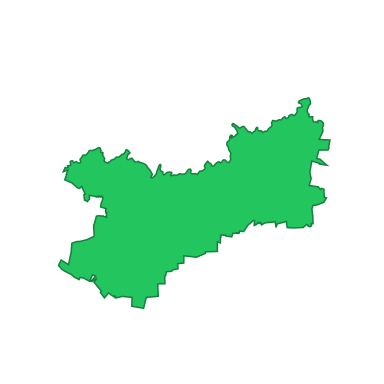 the district of Dr Kenneth Kaunda, North West, South Africa, rotated 202°
{"feature_id": "47623444B93741575558004", "entity_name": "Dr Kenneth Kaunda", "entity_type": "district", "adm_level": 2, "iso_a3": "ZAF", "parent_name": "South Africa", "parent_adm1": "North West", "projection": "natural_earth1", "projection_center": [26.683, -26.884], "detail": "fine", "context": "isolated", "style": "filled", "palette": "green", "viewbox_px": 384, "rotation_deg": 202, "n_neighbors": 0, "source": "geoboundaries", "source_scale": "gbopen_adm2", "svg_char_len": 6072}
<svg xmlns="http://www.w3.org/2000/svg" viewBox="0 0 384 384"><g transform="rotate(202 192 192)"><path d="M217.5,69.1L208.1,71.8L205.0,63.5L193.3,66.1L194.9,77.1L184.2,82.7L189.3,93.8L187.4,94.9L182.7,96.8L185.8,103.8L185.1,104.4L185.8,108.5L181.2,110.8L180.7,112.6L176.2,115.5L178.4,120.2L173.0,123.0L175.6,129.8L166.3,132.4L163.6,133.0L156.6,140.1L157.1,141.5L146.2,146.4L149.8,155.2L146.6,155.4L148.7,160.8L148.2,161.2L149.3,162.4L147.8,163.6L147.9,163.8L146.4,163.7L144.8,164.6L144.3,163.9L138.3,165.3L138.7,168.9L135.0,170.8L135.3,171.7L134.6,170.5L133.2,171.1L133.4,171.6L132.9,171.9L133.2,173.6L129.3,174.6L127.7,182.1L124.4,188.6L123.4,189.0L121.8,184.3L120.9,185.1L120.8,186.1L120.0,186.0L119.3,188.5L118.4,188.1L118.3,188.5L117.7,188.2L117.1,189.3L116.0,188.7L116.3,188.4L115.2,187.5L112.9,190.6L103.7,195.5L100.8,190.6L101.1,194.2L93.5,200.0L90.4,194.6L84.4,196.7L75.5,200.8L73.7,204.8L72.1,204.7L72.1,204.1L69.6,203.9L68.5,205.4L69.4,207.4L67.9,208.0L71.0,214.9L74.4,221.1L74.9,224.8L71.6,226.6L65.9,231.8L65.1,236.9L67.5,236.8L70.7,244.0L73.3,243.9L74.0,242.4L76.8,244.1L85.8,241.9L86.5,249.0L90.1,254.4L92.5,265.6L84.4,266.3L84.2,265.6L76.9,267.4L79.3,268.1L85.3,270.3L89.0,269.8L90.0,278.4L81.6,281.9L81.5,284.2L82.1,284.5L83.5,291.9L93.8,288.4L93.3,296.8L93.6,297.0L93.9,298.7L95.3,300.8L95.3,301.3L94.9,302.6L96.1,305.2L98.6,306.3L101.0,306.0L101.9,305.4L101.5,304.2L101.6,303.5L103.4,303.6L104.1,302.9L105.2,302.5L106.2,303.0L107.3,304.3L108.2,307.0L110.8,305.8L112.5,306.1L112.3,307.4L112.5,307.9L114.0,308.4L115.5,310.1L116.0,311.7L115.8,313.9L116.2,315.8L115.2,317.7L115.2,318.4L116.5,320.8L118.2,322.7L119.4,323.0L120.9,321.3L123.1,320.3L126.5,316.9L126.8,316.4L126.9,315.0L126.7,314.6L123.5,314.4L121.8,312.6L122.9,311.2L125.0,310.2L125.8,309.4L125.8,308.6L124.4,305.1L125.6,301.2L126.1,301.0L128.3,301.3L129.2,301.0L130.7,299.0L130.4,297.7L130.6,296.9L131.9,295.6L132.7,295.5L133.3,296.2L134.4,296.4L135.6,294.6L136.2,292.5L136.5,292.2L138.5,291.5L140.5,289.2L143.6,288.7L144.0,288.5L144.2,285.9L142.9,284.1L142.8,282.7L144.6,279.6L145.3,276.7L145.7,276.0L147.0,275.8L148.5,273.8L149.1,273.8L149.9,274.5L151.2,274.7L151.8,273.8L152.4,273.7L154.2,274.1L154.7,274.7L155.1,276.1L156.0,276.3L156.3,275.7L156.5,274.3L156.4,272.1L157.4,271.0L158.0,269.6L158.8,269.0L160.8,269.6L162.2,268.8L163.1,269.5L164.1,269.6L164.9,270.3L168.6,272.3L170.1,271.1L171.4,269.4L172.3,269.1L173.2,269.2L174.3,269.9L178.1,270.6L179.0,271.0L179.7,270.7L180.1,269.8L180.0,268.9L178.3,268.1L176.4,268.2L175.4,266.9L173.6,266.0L171.6,263.5L171.7,262.7L172.7,261.6L173.1,259.9L175.0,257.8L175.3,257.2L176.0,256.9L176.4,257.3L176.5,258.0L175.7,258.8L175.9,259.5L176.5,259.6L177.5,258.8L177.6,257.2L176.9,255.3L176.9,253.8L177.0,253.3L177.9,251.9L178.0,250.9L177.7,249.6L177.0,248.3L175.4,247.4L173.8,245.1L172.6,244.0L171.2,243.2L170.4,242.1L169.8,239.0L169.1,238.3L168.7,237.1L168.2,236.3L168.2,235.7L168.9,233.4L169.3,232.9L170.8,232.8L173.2,234.1L174.9,233.5L175.4,232.6L175.6,230.9L176.3,229.9L176.8,229.8L178.2,230.2L179.3,229.3L180.2,228.1L181.2,225.7L181.4,224.5L182.0,223.8L183.3,223.7L184.6,225.0L187.1,225.6L189.0,226.4L189.4,225.7L190.3,222.0L190.1,220.6L189.8,220.0L189.0,219.5L188.7,218.8L188.7,218.2L190.2,215.6L192.8,214.0L193.5,210.3L195.7,210.3L198.6,208.8L199.8,209.0L200.4,209.2L200.8,209.9L200.8,211.4L201.1,212.0L202.4,212.6L203.4,211.9L203.9,211.1L204.6,208.0L205.2,206.4L205.8,205.8L209.1,204.4L210.1,204.4L210.8,203.9L211.7,202.5L212.3,201.8L215.2,201.0L217.2,199.3L217.8,199.3L218.1,199.7L217.8,201.7L218.0,202.3L218.9,202.6L220.5,202.0L222.7,200.6L224.0,197.8L224.6,197.3L225.2,197.5L226.0,198.1L226.1,199.1L226.8,199.8L228.8,199.8L230.3,201.3L230.5,202.5L230.4,203.9L231.4,205.6L231.8,205.7L232.2,205.0L232.5,203.2L232.3,201.1L232.4,199.1L231.9,195.4L232.8,192.4L234.4,190.0L235.8,190.5L235.8,191.1L235.3,193.2L236.4,194.5L238.8,196.3L242.7,198.3L243.8,199.4L245.6,200.0L247.1,200.3L250.3,200.2L251.4,199.8L253.1,200.4L254.1,199.2L256.4,198.5L260.3,200.9L261.6,200.1L263.0,198.1L263.7,198.0L264.5,198.3L265.1,198.6L265.3,199.1L265.2,200.7L265.4,202.2L265.1,203.3L264.3,204.2L264.2,205.0L266.2,206.3L268.4,206.8L269.0,206.1L268.9,204.0L269.7,201.5L271.3,200.4L271.9,198.6L272.8,197.3L273.5,196.6L274.5,196.4L275.4,195.7L276.5,193.1L277.5,192.6L278.0,191.9L278.9,191.3L279.2,189.7L280.2,188.8L280.4,188.4L280.3,187.8L280.5,187.5L282.0,187.2L284.4,187.4L285.4,188.4L285.4,190.1L287.3,191.7L288.0,192.0L288.5,193.0L288.9,193.2L288.9,193.8L289.3,195.1L290.0,195.2L290.5,194.6L291.0,194.5L291.6,195.0L291.9,196.5L292.8,196.9L293.0,197.8L293.9,198.4L294.8,198.4L296.0,197.4L298.1,194.4L298.6,194.5L300.0,193.0L302.1,192.4L302.7,191.9L303.3,188.8L304.1,186.7L304.6,186.2L305.7,186.0L307.1,184.9L307.1,183.0L308.1,180.6L307.7,179.7L306.5,178.3L306.5,177.8L306.9,176.9L308.2,176.3L310.6,176.8L312.1,175.3L312.8,175.0L314.6,176.2L316.2,175.0L316.2,174.1L314.7,172.2L314.6,171.0L315.9,170.6L317.3,169.6L316.1,168.5L317.1,167.4L318.8,167.2L318.9,162.5L315.2,166.1L315.2,161.3L314.7,161.2L314.6,155.6L306.6,155.4L300.0,153.0L297.5,153.2L296.3,155.9L290.3,150.0L291.2,149.0L288.7,144.3L285.2,144.0L285.3,145.0L284.3,146.9L285.9,150.4L280.2,151.7L279.9,151.5L279.4,151.8L278.5,151.6L278.3,151.8L278.4,152.2L277.7,152.3L277.7,152.1L277.6,152.4L277.3,152.3L277.4,152.8L276.9,153.3L276.7,153.0L276.3,153.4L276.1,153.0L275.4,153.5L274.9,153.1L274.1,153.7L273.8,153.6L273.8,153.9L273.6,153.6L272.9,153.9L272.0,151.2L271.8,147.6L272.0,147.6L271.2,143.9L265.3,144.4L265.3,142.7L264.3,140.5L263.4,140.9L262.3,136.9L262.0,136.7L264.8,136.2L266.1,136.9L265.4,136.1L269.2,135.3L271.6,133.8L270.6,125.6L270.8,124.4L266.1,114.2L272.0,108.1L277.1,104.4L280.3,102.9L284.2,99.5L281.5,90.8L279.3,78.4L287.8,79.9L288.3,73.9L283.8,71.6L279.4,70.8L272.9,70.3L269.0,68.9L263.8,68.5L263.9,70.7L262.3,71.2L260.2,71.6L253.9,70.9L253.4,73.7L253.2,78.1L249.7,77.8L252.4,71.2L251.2,71.5L247.8,76.4L249.0,71.6L245.5,69.7L238.9,66.2L239.4,64.6L233.5,61.0L231.6,67.1L225.1,65.6L224.9,66.7L223.8,66.6L223.6,65.2L222.7,65.3L217.5,69.1Z" fill="#22c55e" stroke="#15803d" stroke-width="1.5"/></g></svg>